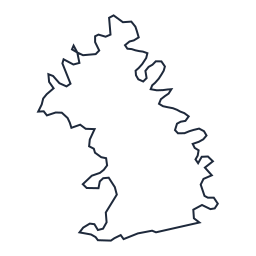 outline of Entre Rios do Sul, Rio Grande do Sul, Brazil
{"feature_id": "56859067B29197155480819", "entity_name": "Entre Rios do Sul", "entity_type": "district", "adm_level": 2, "iso_a3": "BRA", "parent_name": "Brazil", "parent_adm1": "Rio Grande do Sul", "projection": "mercator", "projection_center": [-52.727, -27.512], "detail": "fine", "context": "isolated", "style": "outline", "palette": "slate", "viewbox_px": 256, "rotation_deg": 0, "n_neighbors": 0, "source": "geoboundaries", "source_scale": "gbopen_adm2", "svg_char_len": 1948}
<svg xmlns="http://www.w3.org/2000/svg" viewBox="0 0 256 256"><path d="M131.3,21.6L122.9,22.2L113.6,15.4L109.1,17.8L110.5,34.6L105.6,36.7L98.5,34.6L95.1,36.3L95.1,42.1L99.2,50.5L95.7,54.1L83.0,55.2L77.3,52.5L79.4,62.9L73.4,64.5L63.6,59.3L62.4,63.4L70.5,83.7L66.5,86.4L59.4,83.2L53.1,76.0L48.4,74.2L49.1,81.9L53.6,88.3L46.7,94.2L43.2,98.5L41.7,104.5L38.2,111.6L43.7,111.3L46.9,115.4L55.7,112.5L61.8,112.7L67.6,118.0L69.8,122.7L71.4,127.8L80.2,124.7L85.7,128.8L94.6,129.1L89.8,139.5L89.1,146.3L93.8,148.7L95.0,152.7L101.2,157.2L106.1,158.2L107.1,165.4L103.8,169.8L99.9,172.9L91.8,175.7L82.8,184.2L86.7,188.0L98.5,188.2L99.8,181.4L103.2,178.2L108.7,177.7L114.8,187.1L116.8,194.6L105.8,212.5L106.6,222.3L103.0,228.7L97.9,230.0L94.4,224.2L89.8,223.6L83.2,227.6L79.5,232.4L91.1,234.5L95.6,237.1L97.9,240.2L110.9,240.6L114.4,238.2L120.7,235.1L123.6,239.1L137.9,233.4L152.1,230.7L156.0,232.3L199.4,222.5L193.9,218.3L193.3,209.7L202.0,205.0L210.4,209.1L214.7,208.4L217.8,203.7L213.8,197.7L207.9,197.7L204.5,195.9L200.7,184.6L203.5,178.9L211.8,175.3L204.9,167.6L212.9,161.3L207.9,156.5L201.7,156.8L198.1,163.2L195.5,159.4L197.7,155.6L198.6,150.3L194.7,147.9L192.7,143.9L198.8,141.8L203.3,139.3L206.5,135.5L204.0,131.2L199.1,128.6L193.7,129.9L189.4,131.2L184.5,133.2L178.0,133.3L175.0,130.1L177.0,123.7L180.7,121.7L185.4,120.9L188.7,116.4L184.3,113.1L180.3,111.6L177.0,109.8L172.9,108.2L167.6,107.2L163.0,106.2L159.0,103.8L160.9,99.2L164.9,96.1L168.6,93.6L171.4,89.2L167.6,89.5L162.9,90.1L156.8,90.3L150.7,89.2L152.2,85.3L155.1,82.8L158.8,78.6L161.7,74.1L163.7,70.7L164.9,66.5L161.4,61.4L155.8,61.3L152.5,64.7L148.6,66.9L145.4,70.9L146.6,78.1L143.2,81.5L138.3,79.3L136.0,75.3L135.6,70.7L138.7,68.0L142.2,64.1L146.2,58.0L147.4,53.2L142.9,51.6L139.1,51.1L135.4,50.3L131.7,49.1L127.4,48.7L125.0,45.2L129.5,41.5L133.8,40.4L138.7,37.4L136.8,30.9L135.4,26.7L131.3,21.6ZM77.3,52.5L73.6,45.6L72.0,49.4L77.3,52.5Z" fill="none" stroke="#1e293b" stroke-width="2"/></svg>